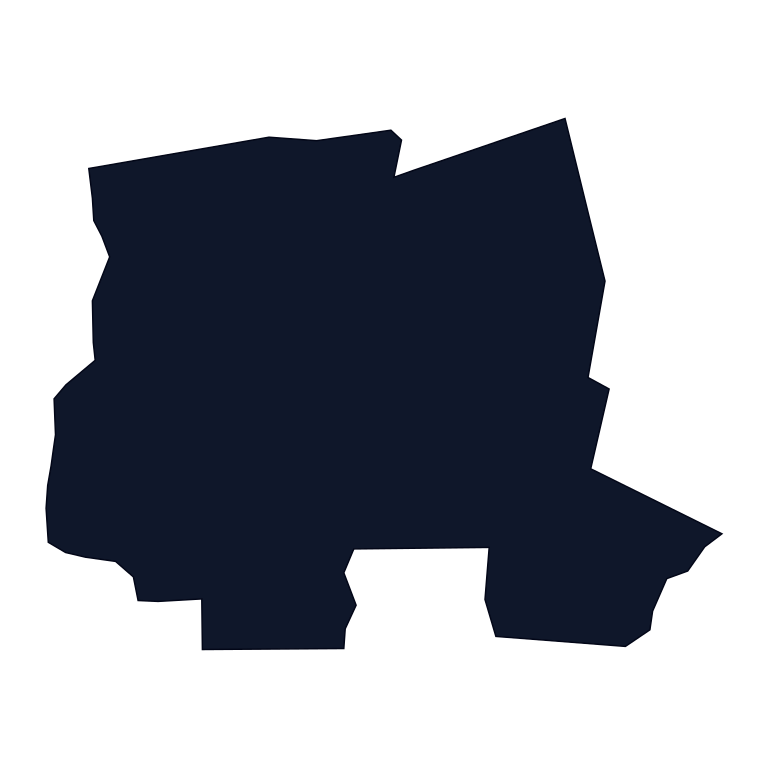 Vespasiano Corrêa, Rio Grande do Sul, Brazil (orthographic projection)
{"feature_id": "56859067B34356818702196", "entity_name": "Vespasiano Corrêa", "entity_type": "district", "adm_level": 2, "iso_a3": "BRA", "parent_name": "Brazil", "parent_adm1": "Rio Grande do Sul", "projection": "orthographic", "projection_center": [-51.871, -29.065], "detail": "fine", "context": "isolated", "style": "filled", "palette": "ink", "viewbox_px": 768, "rotation_deg": 0, "n_neighbors": 0, "source": "geoboundaries", "source_scale": "gbopen_adm2", "svg_char_len": 739}
<svg xmlns="http://www.w3.org/2000/svg" viewBox="0 0 768 768"><path d="M55.5,434.8L53.3,450.0L51.1,465.9L47.7,485.4L46.1,508.3L48.3,542.3L65.6,552.5L85.6,557.2L115.6,561.4L133.4,576.9L138.1,600.5L158.1,601.4L201.8,598.9L202.4,649.5L343.8,648.5L345.2,628.8L356.1,605.2L343.8,572.8L353.8,548.9L489.2,547.4L485.0,599.5L495.9,636.4L625.4,646.4L649.9,629.8L652.6,611.1L666.8,578.6L687.7,571.0L704.7,546.8L721.9,533.8L590.7,468.8L609.1,389.0L588.0,377.5L605.0,281.1L588.1,212.7L565.0,118.5L413.7,170.3L393.9,177.3L401.5,140.1L390.9,130.2L316.6,140.7L269.0,137.2L88.8,168.5L92.4,198.1L93.8,220.6L101.9,236.2L109.7,256.9L92.4,300.8L93.3,342.5L95.2,360.3L66.0,384.8L54.1,398.8L55.5,434.8Z" fill="#0f172a" stroke="#020617" stroke-width="1.5"/></svg>